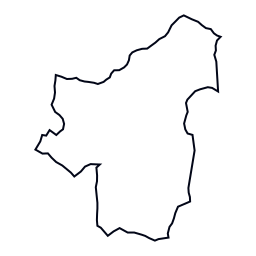 the district of São Patrício, Goiás, Brazil
{"feature_id": "56859067B14313770509558", "entity_name": "São Patrício", "entity_type": "district", "adm_level": 2, "iso_a3": "BRA", "parent_name": "Brazil", "parent_adm1": "Goiás", "projection": "robinson", "projection_center": [-49.834, -15.366], "detail": "fine", "context": "isolated", "style": "outline", "palette": "ink", "viewbox_px": 256, "rotation_deg": 0, "n_neighbors": 0, "source": "geoboundaries", "source_scale": "gbopen_adm2", "svg_char_len": 1485}
<svg xmlns="http://www.w3.org/2000/svg" viewBox="0 0 256 256"><path d="M220.6,36.8L217.0,35.5L213.9,33.3L210.8,29.1L205.9,28.1L201.8,25.1L198.1,21.8L191.9,19.3L183.8,15.4L179.2,17.6L175.3,21.6L171.6,25.3L168.1,32.4L165.0,36.2L159.3,39.1L155.4,42.6L151.4,45.5L147.2,48.6L142.1,48.8L136.7,50.3L132.3,52.4L129.7,55.5L128.9,60.3L127.0,64.5L124.1,67.4L119.2,70.2L114.1,70.3L111.2,73.6L109.8,77.4L106.3,79.6L103.6,81.9L97.8,84.0L94.1,82.8L88.3,81.9L84.5,81.5L79.7,80.2L76.3,77.8L72.1,78.8L66.9,79.0L61.4,76.7L55.8,75.0L55.4,80.4L54.5,86.0L55.0,92.5L54.1,98.6L51.6,104.7L55.2,112.0L59.4,115.0L62.7,118.8L64.1,123.9L63.0,129.3L60.1,131.4L56.3,135.0L52.5,132.2L49.6,130.1L46.2,135.6L42.2,135.0L40.3,141.4L35.4,149.6L42.5,153.6L47.9,153.4L51.6,157.7L56.1,162.0L62.3,165.5L70.9,172.6L74.3,176.5L80.9,171.5L85.0,166.6L90.6,164.1L94.8,164.3L99.8,164.5L96.4,167.6L97.1,175.5L97.0,181.3L95.8,187.2L97.4,202.8L97.4,208.5L97.1,213.8L96.9,220.1L97.4,225.8L100.8,227.7L107.8,235.8L113.6,231.4L119.6,228.1L127.6,232.5L134.1,232.5L141.7,234.7L145.2,235.9L149.2,238.1L154.9,240.6L158.5,239.1L168.5,237.6L167.8,233.5L169.5,226.9L172.1,223.4L173.9,218.4L175.3,213.1L178.0,206.7L190.1,201.5L189.9,197.0L188.7,192.7L188.4,188.0L194.6,150.5L192.5,134.9L187.6,133.5L185.3,129.4L184.1,123.5L186.3,115.4L187.7,111.9L186.0,103.0L187.4,99.6L195.2,91.2L200.1,89.3L207.8,87.2L212.1,87.9L218.1,91.5L216.3,61.6L214.3,54.8L215.9,50.5L215.6,45.7L217.0,40.5L220.6,36.8Z" fill="none" stroke="#020617" stroke-width="2"/></svg>